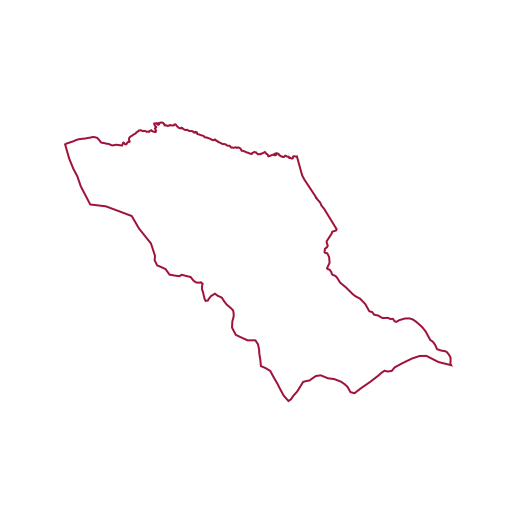 Ngaoundaye, Ouham-Pendé, Central African Republic, rotated 60°
{"feature_id": "33826404B95792566341641", "entity_name": "Ngaoundaye", "entity_type": "district", "adm_level": 2, "iso_a3": "CAF", "parent_name": "Central African Republic", "parent_adm1": "Ouham-Pendé", "projection": "albers", "projection_center": [15.477, 7.286], "detail": "fine", "context": "isolated", "style": "outline", "palette": "rose", "viewbox_px": 512, "rotation_deg": 60, "n_neighbors": 0, "source": "geoboundaries", "source_scale": "gbopen_adm2", "svg_char_len": 5904}
<svg xmlns="http://www.w3.org/2000/svg" viewBox="0 0 512 512"><g transform="rotate(60 256 256)"><path d="M228.9,340.2L232.6,335.8L235.3,332.2L235.0,329.9L238.5,326.3L241.6,323.1L243.8,322.8L246.2,322.4L248.8,321.2L249.6,320.3L251.2,317.6L251.2,316.9L253.4,316.1L254.4,317.2L256.8,318.9L258.5,319.6L260.7,319.9L263.4,320.8L267.2,321.9L269.7,322.1L270.5,319.9L269.8,318.9L269.0,317.0L268.2,315.0L268.1,310.4L271.2,309.1L275.0,306.4L279.7,306.2L283.3,305.7L288.4,303.9L291.6,303.0L294.7,304.1L297.6,305.9L300.7,309.1L305.9,312.5L308.1,312.7L314.2,312.9L318.2,310.2L324.9,305.4L328.7,298.7L333.4,298.4L338.3,300.0L342.3,302.0L348.4,304.3L353.8,306.8L357.8,303.8L362.7,301.1L368.1,301.3L377.5,301.3L382.4,301.6L388.9,301.8L390.8,301.8L397.8,300.4L397.6,297.5L395.6,293.2L394.0,288.2L391.5,283.5L388.6,278.1L389.3,275.4L390.6,271.8L390.2,268.8L389.9,264.1L391.7,259.6L397.8,254.9L401.8,249.7L407.4,245.2L411.4,243.3L415.0,242.2L421.2,242.2L424.1,239.3L423.0,231.2L422.1,219.9L420.7,209.6L419.9,205.7L419.6,202.1L421.9,199.7L423.4,195.9L421.8,191.6L422.0,182.9L422.8,172.1L424.4,164.3L427.7,158.4L439.2,150.9L448.1,141.6L446.4,141.5L443.9,139.8L441.5,138.4L438.7,138.2L434.9,138.7L433.2,139.6L430.4,143.0L427.2,145.8L422.1,145.3L418.7,145.7L415.8,147.1L406.3,146.8L400.4,147.7L392.7,150.3L389.4,151.9L386.8,154.3L384.6,158.2L383.2,164.0L383.2,167.5L382.0,168.5L378.9,168.9L377.5,171.4L375.6,172.5L373.0,177.5L368.6,180.0L365.9,183.0L362.7,183.4L360.5,185.5L352.1,185.4L345.0,187.2L340.6,190.0L337.4,191.3L328.2,193.8L321.3,196.4L314.9,196.7L312.9,197.2L310.7,199.0L309.3,199.3L307.7,198.8L304.6,199.1L303.3,200.4L302.1,200.6L298.7,195.7L293.5,193.2L289.3,192.9L287.8,194.6L286.8,194.7L284.2,192.6L283.9,190.0L282.9,188.7L279.7,188.1L278.5,187.3L274.5,179.4L273.1,177.9L273.9,173.9L273.2,172.8L249.2,173.4L245.0,174.1L242.0,173.7L235.8,174.9L235.8,174.6L214.0,175.9L209.1,175.7L190.3,170.8L190.3,171.2L190.1,171.5L189.6,172.0L188.7,173.0L188.5,173.4L188.4,173.6L188.4,173.9L188.5,174.2L188.9,174.6L189.2,174.9L189.6,175.1L189.7,175.4L189.8,175.6L189.7,175.8L189.4,176.4L189.1,176.7L188.6,176.9L188.1,177.2L188.1,177.4L188.0,177.8L187.8,178.1L187.7,178.2L186.7,178.0L186.4,178.0L185.9,178.7L185.3,179.5L185.1,179.7L184.2,180.1L183.8,180.4L183.7,180.9L184.2,182.3L183.6,183.4L182.4,184.0L182.2,184.5L181.1,184.9L180.8,185.3L180.2,185.5L178.9,185.4L177.4,186.6L177.1,187.2L176.9,188.8L177.2,188.9L177.6,188.7L177.6,187.7L177.8,187.4L178.2,187.4L178.4,187.6L178.4,188.9L177.9,189.7L177.0,190.3L176.7,190.8L176.5,192.0L176.3,193.1L176.2,194.6L176.0,195.3L175.5,195.5L174.8,195.2L174.3,195.2L173.4,195.4L172.4,196.1L171.0,196.1L170.4,196.3L170.4,198.3L170.2,199.9L170.1,200.3L169.9,200.4L169.9,200.5L170.1,201.2L169.9,201.5L169.4,202.2L169.2,202.6L169.0,203.3L168.9,203.5L168.0,203.7L167.7,203.9L167.2,204.1L166.2,204.2L165.8,204.8L165.1,205.4L165.1,206.4L164.9,207.6L165.0,207.9L165.4,208.2L165.4,208.8L165.1,209.1L164.3,210.1L163.4,210.7L162.5,211.3L161.7,212.3L160.8,212.8L158.4,214.7L158.2,215.1L157.6,215.8L156.9,215.8L156.0,215.7L154.8,215.9L153.6,216.6L153.0,217.2L153.0,217.8L152.9,218.4L151.7,219.2L151.2,221.2L150.3,222.1L149.9,223.0L149.3,223.5L148.2,223.4L147.4,223.8L147.1,224.0L146.5,225.1L145.6,226.0L144.1,226.5L143.0,227.8L142.3,229.0L141.6,229.4L140.4,230.2L140.0,230.4L139.5,230.8L138.6,231.7L138.1,231.6L137.2,232.0L136.4,232.8L135.7,232.8L134.7,233.1L134.5,233.4L134.7,234.2L134.6,234.7L133.3,236.2L132.7,236.4L131.8,236.9L131.0,237.6L130.2,238.2L129.5,238.9L128.6,239.5L128.2,240.3L127.5,241.1L126.0,241.3L124.7,242.3L124.1,243.1L122.4,244.4L121.8,245.1L121.5,245.3L121.0,245.8L120.8,245.8L120.6,245.8L119.6,245.4L119.3,245.4L118.3,246.2L118.3,246.3L118.2,246.5L118.3,246.6L118.5,246.8L118.8,246.9L118.8,247.0L118.4,247.6L118.0,247.9L117.9,248.1L117.6,248.3L116.6,248.3L116.4,248.4L115.9,248.9L115.7,249.1L115.3,250.0L114.9,250.5L114.2,251.4L113.8,251.7L113.6,251.9L113.0,252.1L112.4,252.4L112.2,252.7L112.0,253.1L111.8,253.9L111.6,254.1L111.3,254.4L110.0,255.3L108.5,255.8L107.7,256.2L107.7,256.8L108.0,257.2L107.6,257.8L107.2,258.0L106.7,258.6L105.7,259.0L103.5,259.7L102.2,259.7L101.8,259.9L101.3,260.8L101.7,261.8L101.7,262.5L100.9,263.3L100.3,264.5L99.8,264.7L99.5,265.3L99.7,265.9L99.4,266.4L99.3,267.4L98.0,268.3L97.6,269.3L97.2,269.8L96.6,269.8L96.1,269.4L95.2,269.8L94.4,269.8L93.4,270.7L93.2,271.3L92.7,271.9L92.7,273.2L92.2,273.8L92.1,274.4L92.4,274.9L92.7,274.9L93.3,274.0L93.5,274.1L93.6,274.6L93.5,274.9L93.1,275.4L92.4,275.7L91.5,275.6L91.2,275.8L90.9,276.8L90.6,277.2L90.6,277.8L90.5,278.0L91.8,278.3L93.5,278.3L94.4,277.9L94.7,278.2L94.6,278.8L94.8,279.2L95.0,279.7L95.8,279.7L96.5,279.9L97.4,279.9L97.7,280.3L98.3,280.7L98.4,281.0L98.1,281.5L97.3,282.1L97.1,282.6L96.6,283.1L95.9,283.4L95.7,283.7L95.3,283.7L94.8,283.8L94.6,284.7L94.6,285.8L95.0,286.7L94.7,287.1L94.3,287.2L93.6,288.8L92.4,289.4L92.0,289.9L91.6,290.7L91.5,291.2L91.3,291.6L90.9,291.9L90.4,292.2L89.9,292.5L89.6,292.9L89.4,293.1L89.4,293.5L89.3,293.8L88.8,294.4L88.7,294.9L88.8,295.1L89.0,295.4L89.2,296.2L89.1,296.9L89.1,297.3L89.1,297.8L89.5,298.3L89.6,298.9L89.7,299.9L89.6,300.7L89.6,301.6L89.7,302.0L89.7,302.4L89.8,302.9L89.8,303.5L89.8,305.0L90.0,305.9L90.4,306.8L91.3,307.5L92.3,308.1L93.2,308.1L93.8,308.2L93.9,308.6L93.8,309.1L93.3,310.2L93.3,310.5L94.4,312.3L94.2,312.8L94.0,313.3L92.6,313.8L91.9,313.8L91.5,314.0L91.4,314.3L91.6,314.6L92.6,315.7L93.3,316.8L89.7,321.5L89.1,323.4L88.4,325.1L87.2,326.2L85.7,327.2L84.6,328.4L83.6,329.8L82.3,331.0L81.3,332.3L80.1,333.5L78.0,333.7L75.6,334.1L74.1,334.6L71.8,337.0L71.0,338.9L70.5,340.8L69.7,342.4L69.2,344.3L68.5,346.0L67.7,347.7L67.0,349.4L66.3,351.0L65.8,352.9L65.5,355.0L65.3,357.2L64.8,359.1L64.5,361.2L64.0,363.1L63.9,365.5L78.3,369.1L89.3,370.6L97.8,370.9L107.9,372.9L128.5,373.8L137.9,361.2L159.3,343.6L173.7,343.6L192.7,340.7L205.4,343.4L209.0,345.9L214.6,346.3L222.0,340.9L228.9,340.2Z" fill="none" stroke="#9f1239" stroke-width="2"/></g></svg>